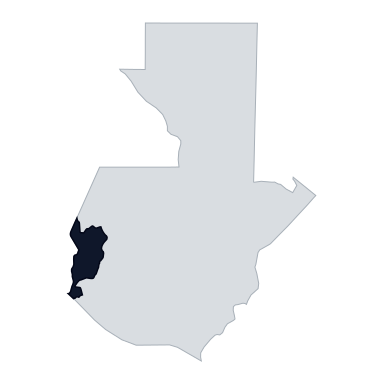 San Marcos highlighted on a map of Guatemala
{"feature_id": "GTM-1947", "entity_name": "San Marcos", "entity_type": "Department", "adm_level": 1, "iso_a3": "GTM", "parent_name": "Guatemala", "parent_adm1": "", "projection": "equal_earth", "projection_center": [-91.97, 14.971], "detail": "fine", "context": "in_parent", "style": "filled", "palette": "ink", "viewbox_px": 384, "rotation_deg": 0, "n_neighbors": 0, "source": "natural_earth", "source_scale": "10m", "svg_char_len": 3013}
<svg xmlns="http://www.w3.org/2000/svg" viewBox="0 0 384 384"><path d="M68.9,293.7L70.5,291.6L71.9,286.7L73.5,281.6L72.5,275.7L71.9,271.0L73.8,264.1L73.6,259.0L74.5,255.8L77.3,253.7L78.8,249.8L70.8,236.2L70.8,233.1L71.9,229.3L78.3,214.8L86.0,197.6L94.5,178.6L99.6,167.2L118.3,167.2L130.6,167.2L146.2,167.2L163.3,167.2L174.4,167.1L179.0,167.0L178.2,159.6L178.8,151.4L180.8,144.0L180.8,140.7L177.5,136.7L171.0,134.3L167.4,130.8L167.4,126.3L165.8,120.9L162.7,114.5L156.2,107.9L146.4,101.3L138.0,92.3L131.1,81.1L125.2,73.9L120.7,70.9L119.7,69.2L132.8,69.4L145.2,69.5L145.3,53.4L145.3,39.2L145.4,23.0L167.9,23.1L194.8,23.1L222.6,23.1L244.5,23.2L257.4,23.2L256.9,43.2L256.4,66.3L256.0,83.4L255.4,106.1L254.8,129.4L254.1,161.2L253.6,181.8L253.9,182.3L261.2,181.3L272.1,182.2L274.7,182.1L278.1,183.9L280.6,184.4L286.2,189.1L292.7,192.6L296.8,185.5L294.6,181.2L292.9,179.1L293.2,177.2L315.8,195.5L313.2,198.3L307.5,204.8L297.1,216.0L287.9,226.0L278.9,235.1L270.9,243.3L270.0,244.1L259.7,249.9L258.0,252.6L255.9,264.2L254.9,267.1L256.8,273.5L258.7,283.4L258.1,288.6L251.0,295.0L247.8,300.7L246.4,304.4L245.1,303.5L242.9,303.2L237.8,304.6L235.4,304.9L233.4,306.6L233.2,310.2L234.5,316.0L235.0,319.0L233.6,320.3L227.4,323.8L224.9,327.3L222.6,332.6L219.8,334.9L217.0,334.5L215.0,335.2L210.6,339.3L204.1,347.0L200.7,352.8L200.6,357.1L201.3,361.0L177.5,347.3L169.6,344.9L136.2,345.2L121.9,339.8L105.6,329.5L94.6,320.1L68.9,293.7Z" fill="#d9dde1" stroke="#a8b0b8" stroke-width="1"/><path d="M68.2,293.6L69.4,293.4L70.6,291.6L71.9,286.7L73.2,283.5L73.5,282.2L73.4,280.6L72.3,276.6L72.3,276.0L72.4,274.7L72.3,274.1L71.8,272.0L71.6,271.4L71.6,269.6L71.9,268.6L73.2,266.7L73.9,264.2L73.7,259.0L73.9,256.3L74.6,255.3L75.4,255.0L76.2,254.9L77.0,254.5L77.6,253.5L78.9,249.8L70.9,236.3L70.4,234.9L70.4,233.4L70.8,231.9L71.9,229.4L74.9,222.6L76.9,218.2L77.3,220.0L78.3,221.7L79.2,222.2L79.4,223.4L80.0,232.0L80.7,232.7L83.8,232.9L84.0,232.6L86.1,229.5L86.9,228.8L88.9,228.6L90.8,227.0L91.9,226.2L92.3,226.0L92.7,226.0L93.2,226.3L95.3,228.0L96.6,228.1L100.0,226.9L100.9,226.9L101.0,227.2L101.3,228.3L102.2,230.4L103.2,232.2L104.3,233.8L105.5,235.2L106.2,235.7L106.8,236.5L107.1,237.6L106.8,239.2L106.4,239.7L104.3,242.0L103.2,243.5L102.0,245.8L101.4,248.3L102.1,250.6L103.3,251.8L103.6,253.2L103.2,256.7L103.0,257.6L102.4,258.5L100.6,260.8L100.2,261.0L99.7,261.4L99.6,261.7L99.5,262.0L99.6,262.6L99.5,263.4L98.9,264.4L98.5,267.5L98.0,268.6L97.9,268.8L96.3,273.4L96.2,273.6L96.0,274.0L95.8,274.3L95.0,275.0L94.7,275.5L93.8,277.6L93.2,278.2L92.6,278.4L92.0,278.5L90.3,278.4L86.4,277.8L81.0,279.9L79.7,280.2L78.9,280.7L77.3,282.5L75.1,285.7L74.9,286.2L75.0,286.4L75.2,286.7L75.7,286.9L76.0,287.0L79.7,287.5L80.2,287.7L80.3,287.8L80.9,289.2L82.4,294.9L80.5,295.5L80.0,295.8L79.3,296.8L79.1,297.0L78.8,297.2L78.7,297.2L78.3,297.1L78.0,297.0L77.4,296.8L76.8,296.8L76.5,296.9L76.3,297.0L75.7,297.6L75.2,298.1L74.8,298.3L74.5,298.3L73.9,298.1L73.6,298.2L73.5,298.3L73.4,298.5L68.2,293.6Z" fill="#0f172a" stroke="#020617" stroke-width="1.5"/></svg>